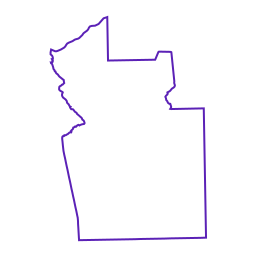 SVG path tracing the border of North-West, rotated 269°
{"feature_id": "BWA-2629", "entity_name": "North-West", "entity_type": "District", "adm_level": 1, "iso_a3": "BWA", "parent_name": "Botswana", "parent_adm1": "", "projection": "mercator", "projection_center": [23.629, -19.391], "detail": "fine", "context": "isolated", "style": "outline", "palette": "violet", "viewbox_px": 256, "rotation_deg": 269, "n_neighbors": 0, "source": "natural_earth", "source_scale": "10m", "svg_char_len": 3288}
<svg xmlns="http://www.w3.org/2000/svg" viewBox="0 0 256 256"><g transform="rotate(269 128 128)"><path d="M207.8,52.5L206.0,56.5L206.0,57.8L206.3,58.9L207.6,62.2L209.4,65.4L210.6,66.7L212.1,67.6L213.5,68.7L214.4,70.4L215.8,74.0L217.3,76.4L217.6,77.3L218.1,79.3L218.3,79.9L218.9,80.9L221.8,84.0L223.3,85.0L223.9,85.7L226.0,88.7L227.3,89.9L229.0,90.7L230.2,91.7L230.7,93.4L230.9,96.9L232.5,100.4L238.1,105.5L239.3,109.2L196.2,109.2L195.8,109.2L195.8,156.3L196.0,156.4L196.1,156.5L203.4,159.7L203.7,160.0L203.8,160.5L203.4,171.5L203.3,172.1L203.1,172.6L202.7,172.7L174.1,175.1L173.6,175.1L172.9,175.0L172.0,175.0L170.4,175.5L169.5,175.6L168.5,175.2L167.7,174.4L166.5,172.5L164.8,171.1L164.1,170.4L162.9,168.0L162.4,168.0L161.8,168.3L160.9,168.0L159.7,166.7L159.2,166.3L158.6,165.9L158.2,166.0L157.7,166.2L157.1,166.5L155.4,166.7L155.0,167.0L154.2,167.7L153.7,167.9L153.2,168.1L152.8,168.3L152.4,168.5L151.4,169.8L151.4,170.2L151.5,170.5L151.4,170.7L148.6,171.5L148.1,171.5L147.5,171.3L146.4,170.6L146.2,171.5L146.3,204.1L17.8,204.1L17.0,204.1L16.9,198.2L16.9,192.2L16.9,186.2L16.9,180.3L16.9,174.3L16.9,173.2L16.9,168.4L16.8,162.5L16.8,156.5L16.8,150.6L16.8,144.7L16.8,138.7L16.7,132.8L16.7,126.9L16.7,121.0L16.7,117.3L16.7,115.1L16.7,109.2L16.7,107.3L16.7,105.4L16.7,103.4L16.7,101.5L16.7,99.6L16.7,97.7L16.7,95.7L16.7,93.8L16.7,91.9L16.7,90.0L16.7,88.1L16.7,86.1L16.7,84.2L16.7,82.3L16.7,80.4L16.7,78.5L16.7,77.1L17.5,77.1L18.9,77.0L21.4,76.9L23.9,76.8L26.4,76.7L28.9,76.6L31.0,76.5L33.1,76.4L35.2,76.4L37.3,76.3L38.2,76.2L39.0,76.2L39.8,76.0L40.5,75.9L41.3,75.7L42.0,75.6L45.8,74.9L49.6,74.1L53.3,73.4L57.1,72.7L60.9,71.9L64.6,71.2L68.4,70.4L72.2,69.7L75.9,69.0L79.7,68.2L83.4,67.5L87.2,66.8L91.0,66.0L94.7,65.3L98.5,64.6L102.3,63.8L106.2,63.1L111.4,62.6L115.3,62.3L118.4,62.0L120.0,62.1L120.6,62.4L120.9,62.6L120.9,62.9L120.9,63.5L121.1,63.9L121.4,64.0L121.7,64.0L121.9,64.2L121.8,65.3L121.9,65.6L122.0,65.9L122.5,66.6L123.0,67.7L124.4,69.3L124.6,69.8L124.7,70.1L124.6,70.9L124.6,71.1L124.9,71.2L125.3,71.4L125.7,71.4L126.1,71.0L126.8,71.6L127.4,72.3L127.7,72.7L128.3,73.0L128.9,73.1L129.4,73.3L129.5,73.8L129.8,74.4L130.2,74.7L130.5,75.2L130.1,75.9L131.6,77.5L132.0,78.5L131.4,79.5L131.8,80.1L132.5,82.1L132.8,84.1L133.4,84.6L134.2,84.6L135.8,84.0L136.0,83.9L136.3,83.7L137.3,82.4L138.2,82.2L138.9,81.8L143.1,77.2L143.8,77.0L144.3,76.5L145.1,75.3L145.7,74.8L147.0,73.9L147.7,73.2L147.8,71.6L149.4,70.5L149.6,70.4L149.9,70.5L150.1,70.6L150.3,70.8L150.5,70.4L150.7,70.2L151.2,69.8L152.5,69.2L152.8,69.0L154.1,67.7L154.5,67.5L156.1,67.2L157.6,66.1L159.7,63.5L161.3,62.7L162.2,62.6L163.1,62.7L163.6,62.9L164.4,63.3L164.8,63.4L165.2,63.0L166.5,60.8L167.2,60.1L167.9,59.8L169.4,59.9L170.4,60.1L170.9,60.6L171.7,62.1L172.0,62.4L172.3,62.5L172.5,62.8L172.6,63.5L174.1,65.0L174.7,64.8L176.8,64.6L177.2,64.5L177.3,64.2L178.0,63.5L178.1,63.2L178.3,63.1L180.5,60.4L181.2,59.8L182.7,58.8L183.9,57.3L184.2,57.1L184.5,56.9L184.9,56.7L185.3,56.6L185.7,56.5L186.0,55.8L186.2,55.7L187.1,55.5L188.2,54.6L189.0,54.4L189.8,54.3L193.1,53.3L193.4,53.1L193.7,52.8L193.9,52.4L194.1,52.2L194.6,52.1L194.3,52.8L194.8,53.1L195.1,53.5L195.4,53.7L196.1,53.4L196.5,54.0L197.1,53.9L198.3,53.1L198.7,54.1L200.1,54.0L201.6,53.4L203.0,51.9L204.8,51.9L207.8,52.5Z" fill="none" stroke="#5b21b6" stroke-width="2"/></g></svg>